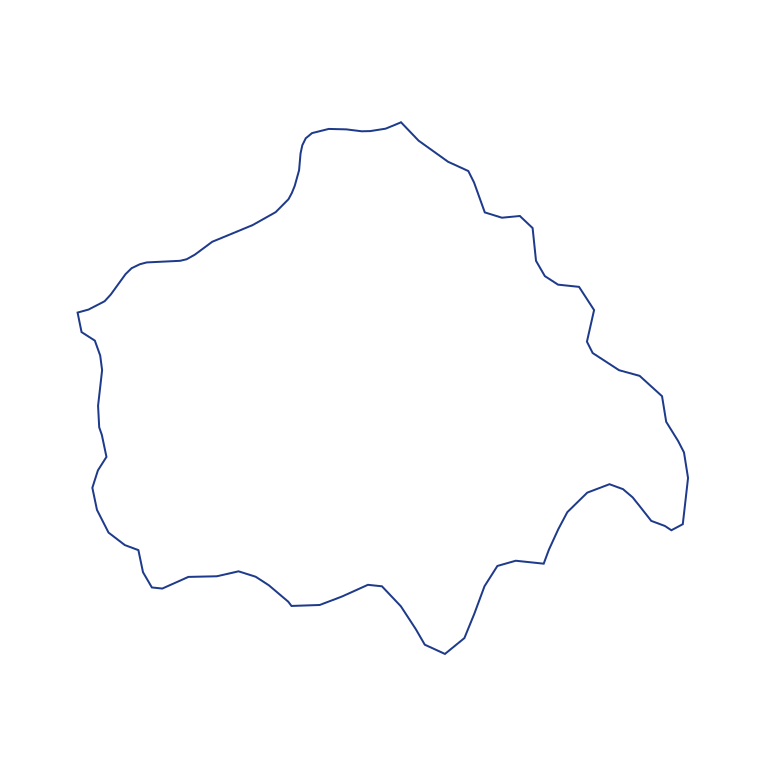 the district of Tongsin, Chagang-do, North Korea, rotated 186°
{"feature_id": "82179303B24749722055654", "entity_name": "Tongsin", "entity_type": "district", "adm_level": 2, "iso_a3": "PRK", "parent_name": "North Korea", "parent_adm1": "Chagang-do", "projection": "robinson", "projection_center": [126.481, 40.221], "detail": "fine", "context": "isolated", "style": "outline", "palette": "blue", "viewbox_px": 768, "rotation_deg": 186, "n_neighbors": 0, "source": "geoboundaries", "source_scale": "gbopen_adm2", "svg_char_len": 1466}
<svg xmlns="http://www.w3.org/2000/svg" viewBox="0 0 768 768"><g transform="rotate(186 384 384)"><path d="M394.5,646.1L395.0,645.7L409.1,638.1L424.1,634.1L432.6,633.0L448.2,633.3L465.6,631.9L481.8,626.0L487.5,620.2L490.2,612.9L491.1,604.5L490.8,587.7L493.5,571.7L495.6,564.4L498.3,557.8L509.7,543.6L531.3,528.3L569.7,507.5L585.6,492.9L593.4,487.4L599.7,485.2L632.7,480.1L639.3,477.6L647.1,472.8L652.5,466.3L665.1,444.4L670.5,437.1L683.9,428.3L685.5,427.2L696.2,423.0L693.6,414.7L690.2,404.0L676.1,396.9L669.2,382.6L665.8,368.3L665.9,354.0L666.1,332.5L662.7,311.1L659.3,303.9L652.4,282.5L659.5,268.2L663.2,250.3L656.3,228.8L642.4,207.4L624.9,196.7L610.9,193.1L604.0,171.6L593.6,157.4L583.1,157.4L558.4,171.7L530.2,175.3L509.1,182.5L491.5,178.9L477.5,171.8L456.5,157.5L452.8,153.6L424.9,157.5L403.7,168.2L379.0,182.6L364.9,182.6L344.0,164.7L326.6,143.3L316.2,129.0L295.2,121.9L277.5,139.7L270.2,164.8L262.9,193.4L252.2,214.9L234.5,222.0L220.5,222.0L206.4,222.0L202.7,236.4L195.5,257.8L188.3,275.7L170.5,297.2L149.3,307.9L135.3,304.4L124.8,297.2L121.3,293.6L117.8,290.1L103.9,275.8L89.9,272.2L82.9,268.6L72.2,275.8L72.0,297.3L71.8,322.3L78.5,347.3L85.5,358.0L99.4,375.9L106.2,400.9L130.6,418.8L151.7,422.3L179.7,436.6L186.6,447.3L182.8,479.5L200.2,501.0L221.3,501.0L235.3,508.1L245.7,522.4L252.5,554.6L266.5,565.3L284.1,561.7L301.7,565.2L308.6,579.5L315.5,593.8L322.4,604.6L343.5,611.7L375.0,629.6L394.5,646.1Z" fill="none" stroke="#1e3a8a" stroke-width="2"/></g></svg>